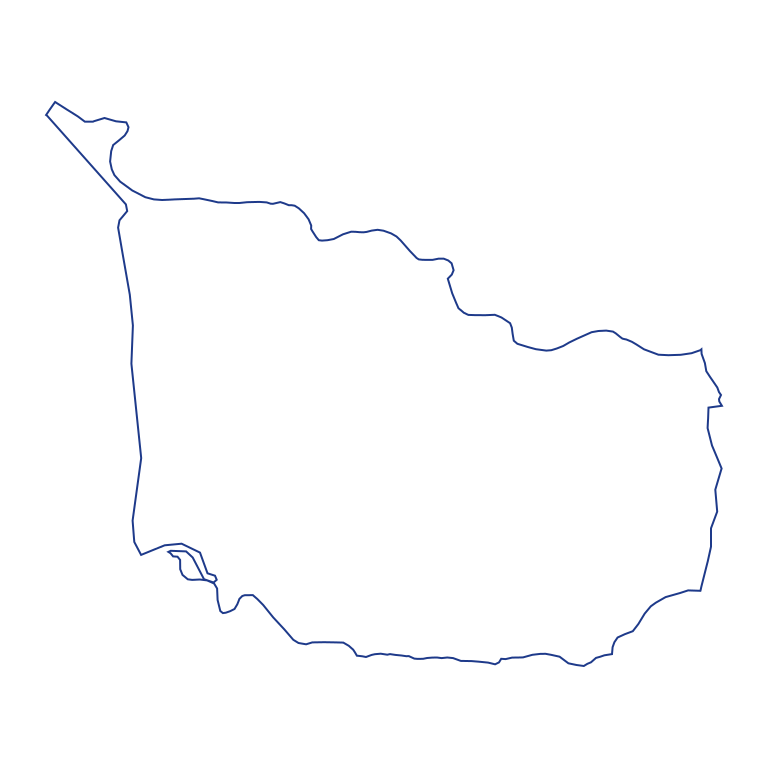 outline of Jablah, Lattakia, Syria
{"feature_id": "27442178B5090378365720", "entity_name": "Jablah", "entity_type": "district", "adm_level": 2, "iso_a3": "SYR", "parent_name": "Syria", "parent_adm1": "Lattakia", "projection": "robinson", "projection_center": [36.065, 35.345], "detail": "fine", "context": "isolated", "style": "outline", "palette": "blue", "viewbox_px": 768, "rotation_deg": 0, "n_neighbors": 0, "source": "geoboundaries", "source_scale": "gbopen_adm2", "svg_char_len": 3643}
<svg xmlns="http://www.w3.org/2000/svg" viewBox="0 0 768 768"><path d="M701.4,349.3L700.3,350.2L691.6,353.2L680.7,354.8L668.4,355.2L658.4,354.7L644.0,349.3L636.3,344.4L631.9,341.8L626.4,339.5L624.4,339.1L622.4,338.6L620.1,336.9L615.7,333.3L613.6,332.0L613.0,331.6L606.2,330.6L598.4,331.0L591.6,332.2L577.0,338.7L569.2,342.5L563.2,346.0L556.8,348.5L551.3,350.2L546.3,350.6L535.9,349.2L527.8,347.0L522.6,345.4L517.4,343.8L513.8,340.7L513.0,336.1L512.6,333.7L511.8,327.6L510.1,323.2L501.5,317.5L498.4,316.2L494.8,314.8L485.2,315.2L474.3,315.1L468.4,314.9L466.6,314.1L465.3,313.4L463.9,312.8L461.7,310.9L458.5,308.3L456.1,302.8L452.2,293.3L447.8,278.7L451.8,274.6L453.6,270.2L451.6,263.3L448.3,260.5L443.8,258.7L438.4,258.7L432.4,259.9L428.3,259.9L422.4,259.8L418.8,259.4L416.6,258.0L409.9,251.0L400.6,240.4L396.5,236.5L391.1,233.4L383.5,230.7L377.6,229.8L371.7,230.6L366.7,231.9L363.5,232.3L359.8,232.2L355.3,231.8L351.2,231.7L343.0,234.3L333.8,239.0L327.5,240.2L322.0,240.6L318.8,240.2L316.2,237.1L312.4,231.2L311.1,229.0L311.2,225.5L308.6,219.3L304.1,213.2L298.8,208.3L294.7,205.7L291.6,205.2L288.8,205.2L284.3,203.4L280.3,202.1L273.0,203.8L270.7,203.7L266.7,202.4L259.4,201.9L247.1,202.2L239.4,203.0L234.4,203.0L226.7,202.5L218.1,202.4L212.2,201.0L203.6,199.2L199.1,198.3L194.1,198.7L174.6,199.4L172.9,199.5L172.2,199.5L171.2,199.6L169.0,199.7L162.1,200.0L153.9,199.4L145.3,197.2L132.3,190.5L120.8,182.1L120.2,181.7L114.4,175.1L111.8,169.4L110.1,161.5L111.2,151.1L113.2,145.0L118.7,140.6L124.7,135.5L127.5,131.1L128.5,127.2L126.3,122.4L116.0,121.3L104.5,118.0L94.0,121.2L92.9,121.7L88.9,121.7L84.9,121.7L78.5,116.9L77.5,116.2L66.5,109.3L55.1,102.0L53.1,104.8L49.6,109.8L46.1,115.0L47.1,115.7L125.9,204.4L127.2,211.1L119.5,220.3L118.1,227.6L122.5,253.1L129.8,294.7L132.9,325.5L131.4,363.7L141.2,458.1L132.6,520.6L134.0,538.5L134.3,542.0L141.1,554.9L154.8,549.3L164.7,545.3L181.6,543.7L200.0,552.6L207.5,573.3L215.0,575.7L216.7,579.8L213.6,582.5L204.0,579.2L192.7,557.5L186.1,551.4L170.7,550.8L168.4,551.9L170.5,553.2L173.1,556.4L177.5,556.7L180.1,559.9L180.2,568.3L180.2,569.2L182.5,574.9L187.8,579.3L192.2,579.9L199.8,579.5L207.1,580.4L214.1,583.5L217.1,588.5L217.6,600.0L220.3,611.0L222.9,613.1L225.8,612.7L230.1,611.2L234.5,609.0L237.3,604.3L238.5,601.3L239.4,598.9L242.3,596.0L244.8,595.2L248.1,595.2L252.8,595.1L257.3,599.0L263.2,605.0L273.2,617.4L284.6,629.7L293.3,639.8L298.5,643.0L306.1,644.3L312.3,642.4L324.3,642.2L336.0,642.4L343.3,642.6L348.8,645.8L353.2,649.7L354.9,652.3L356.9,655.7L359.0,655.9L362.4,656.3L366.0,657.0L371.7,654.9L374.9,654.2L380.7,653.7L387.3,654.7L390.0,654.1L395.3,654.9L401.5,655.5L406.3,656.2L408.8,656.1L414.3,658.6L417.6,658.9L423.1,658.8L427.1,658.0L432.2,657.6L436.9,657.5L441.6,658.1L447.3,657.5L453.1,658.1L460.8,660.9L471.7,661.1L479.0,661.7L488.1,662.6L495.1,664.3L499.0,662.4L501.2,658.8L505.6,659.1L512.1,657.6L519.0,657.5L523.0,657.4L532.4,654.8L540.1,653.9L545.5,653.8L551.0,654.8L559.6,656.7L568.4,663.3L576.5,665.0L583.8,666.0L587.4,663.8L591.0,662.3L596.0,657.9L600.0,656.8L604.4,655.3L612.0,654.1L612.6,647.2L614.4,642.2L617.6,637.5L624.8,634.2L632.8,631.2L638.3,624.1L644.7,613.6L650.8,606.3L655.8,602.7L665.6,597.1L680.1,593.0L688.1,590.4L700.4,590.8L700.6,590.1L701.4,586.5L707.3,563.1L707.7,561.6L711.0,546.7L711.0,528.3L717.2,511.6L715.3,489.7L719.8,474.5L721.2,469.8L721.6,468.5L717.5,458.6L715.2,453.1L713.9,450.0L712.0,445.5L707.6,428.1L707.8,424.0L708.0,420.3L708.1,418.9L708.5,407.6L721.9,405.8L719.3,401.5L719.0,399.1L721.0,395.0L719.0,392.1L717.3,387.5L711.0,378.3L710.1,377.0L706.3,371.2L704.9,363.1L701.6,353.9L701.4,349.3Z" fill="none" stroke="#1e3a8a" stroke-width="2"/></svg>